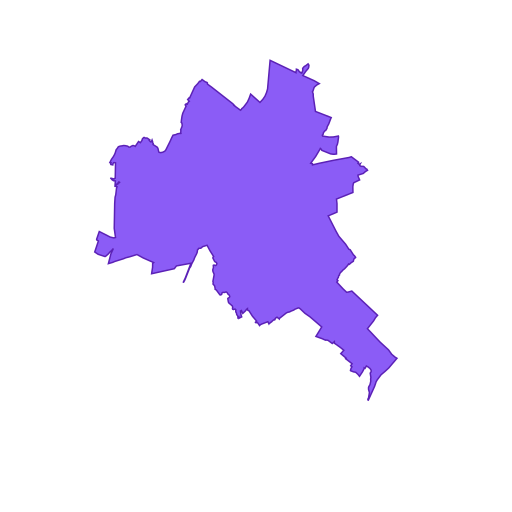 the district of Dangeni, Botosani, Romania, rotated 241°
{"feature_id": "2599482B5486255485397", "entity_name": "Dangeni", "entity_type": "district", "adm_level": 2, "iso_a3": "ROU", "parent_name": "Romania", "parent_adm1": "Botosani", "projection": "mercator", "projection_center": [26.905, 47.853], "detail": "fine", "context": "isolated", "style": "filled", "palette": "violet", "viewbox_px": 512, "rotation_deg": 241, "n_neighbors": 0, "source": "geoboundaries", "source_scale": "gbopen_adm2", "svg_char_len": 6124}
<svg xmlns="http://www.w3.org/2000/svg" viewBox="0 0 512 512"><g transform="rotate(241 256 256)"><path d="M322.6,381.4L324.5,377.7L328.6,372.4L329.2,372.5L329.5,372.6L329.9,373.7L331.1,374.7L332.1,376.9L332.0,377.8L333.2,379.9L334.5,380.9L336.2,383.6L339.6,387.6L340.6,388.9L353.6,378.1L367.9,383.5L370.0,384.6L372.3,385.0L372.5,385.6L375.2,388.5L375.5,389.2L376.1,392.0L376.1,394.9L381.1,391.9L391.1,384.4L393.3,388.9L394.7,392.6L395.3,393.4L397.0,394.7L397.6,394.8L398.8,394.7L398.3,391.5L398.4,390.9L398.3,389.9L397.5,387.8L395.7,386.9L393.8,384.9L394.0,384.2L394.9,384.2L395.4,383.6L396.1,383.3L398.6,383.0L399.8,381.9L398.5,381.1L397.8,380.2L397.0,379.8L420.3,363.2L396.5,347.1L393.9,344.5L391.4,341.3L389.7,337.9L388.4,333.9L400.2,329.8L397.3,326.5L394.8,323.1L392.4,317.7L392.0,316.4L391.8,315.0L391.3,314.3L391.0,313.1L398.2,309.8L398.2,310.1L400.5,309.5L425.3,299.0L429.6,297.0L430.0,296.9L431.0,297.4L431.7,297.2L433.0,296.0L436.5,294.4L435.6,291.9L436.2,291.3L435.0,288.7L433.6,284.3L426.4,274.6L426.8,274.3L426.0,272.1L423.7,272.6L423.7,271.9L422.9,270.9L422.8,269.9L422.0,269.5L422.1,269.0L422.9,268.6L422.7,267.5L422.2,267.3L420.9,267.4L416.4,261.2L414.2,259.1L411.3,256.9L409.2,255.4L409.0,255.6L407.8,255.5L406.0,254.8L404.9,253.8L402.9,251.3L401.9,251.0L400.4,249.9L399.7,249.9L399.6,249.6L400.1,249.0L401.0,246.4L401.0,245.0L401.9,242.0L400.3,239.6L397.9,236.4L392.6,228.7L392.0,227.4L391.9,226.5L392.0,224.6L392.7,222.6L393.6,221.6L394.2,221.4L397.6,222.4L399.0,222.4L403.4,220.0L404.1,220.6L405.6,220.6L406.1,221.0L407.8,221.3L406.7,219.9L407.0,219.1L408.8,218.7L409.0,219.4L411.3,218.3L412.0,217.9L412.8,216.4L414.0,215.6L414.0,215.0L413.5,213.4L412.3,212.2L411.2,209.8L413.1,208.8L410.4,203.5L411.3,203.0L412.3,202.0L412.5,200.1L412.3,199.0L412.6,198.0L412.9,197.6L414.3,197.0L416.1,194.9L417.0,193.4L417.1,192.7L418.0,190.4L418.3,188.6L417.3,186.7L416.8,185.3L414.2,182.6L413.1,181.1L412.0,179.3L410.6,176.4L408.6,173.5L407.9,174.4L407.2,173.6L406.4,173.4L405.1,174.9L406.3,175.9L406.6,176.7L406.4,177.3L405.6,178.3L392.3,170.6L392.4,169.9L392.2,169.2L394.8,166.4L393.4,167.0L392.6,167.0L390.9,167.9L389.9,169.4L386.0,166.9L386.3,168.2L386.5,170.1L387.3,172.0L386.6,172.4L386.3,171.5L386.5,171.0L385.9,170.1L386.0,169.1L385.8,168.3L385.9,167.8L385.6,166.9L385.1,166.8L383.9,168.0L382.7,166.7L377.5,163.0L375.8,161.3L370.5,157.9L348.9,145.4L340.3,142.1L340.7,140.5L343.2,137.7L353.4,130.8L347.9,124.7L347.2,124.5L345.8,125.4L345.5,125.4L337.7,116.9L334.1,118.7L328.7,123.7L328.7,124.7L329.4,127.8L330.4,130.5L330.7,132.1L331.7,134.9L328.2,130.1L320.9,123.2L319.9,127.6L319.7,129.8L317.8,139.0L317.6,141.2L316.5,145.3L315.0,152.6L309.0,156.4L299.9,163.3L299.6,162.0L296.3,160.1L291.1,156.1L284.5,178.4L285.9,181.6L281.2,195.6L271.0,183.4L268.4,179.8L267.9,179.5L269.3,181.8L270.9,183.9L277.6,192.0L278.4,193.7L280.4,196.1L282.7,199.7L284.2,201.4L286.7,205.1L287.7,206.3L289.8,207.9L289.9,208.7L290.5,209.4L289.6,211.5L289.7,212.6L290.1,213.7L289.1,218.4L283.0,218.3L276.1,218.7L275.7,217.7L275.1,217.3L271.6,217.2L270.7,217.4L269.6,218.2L268.3,218.1L267.4,217.1L267.2,216.1L268.5,214.9L268.5,214.1L266.6,213.2L264.8,211.4L263.2,210.8L260.9,210.6L259.9,210.3L254.7,206.0L253.5,205.7L252.3,204.8L250.1,205.3L247.6,204.6L246.8,204.1L245.5,204.8L239.5,205.6L239.0,206.3L239.1,207.1L239.3,207.7L240.1,208.2L240.3,209.0L240.2,209.5L239.3,210.9L239.2,212.0L239.0,212.5L238.1,213.0L236.2,213.0L234.9,213.6L233.4,213.5L232.9,213.0L232.6,212.1L232.7,211.3L232.5,210.7L229.1,209.5L228.0,209.5L223.8,211.1L222.2,210.6L221.4,209.9L220.8,209.8L220.1,210.3L219.8,211.9L218.8,212.3L216.9,211.2L215.8,211.3L214.0,210.7L212.4,211.0L210.8,210.3L211.0,211.4L209.8,210.8L209.7,214.0L211.5,214.3L215.4,215.7L215.4,216.8L212.2,216.6L213.2,220.5L213.9,221.7L214.1,223.0L213.0,222.4L212.2,222.7L211.6,223.3L205.0,223.7L198.7,225.0L198.4,223.5L198.2,223.3L197.9,223.4L197.0,224.8L196.5,225.1L193.4,225.4L193.8,226.6L193.7,228.1L192.8,234.5L190.4,234.4L190.6,234.7L190.5,235.2L190.9,237.2L190.8,237.6L191.1,238.3L191.5,240.1L191.5,241.2L191.1,241.4L191.7,242.4L191.9,242.4L192.2,243.0L192.3,244.7L189.7,245.8L190.0,246.0L190.2,247.0L191.5,255.0L191.4,256.4L190.8,258.3L190.8,259.9L190.4,262.9L190.6,264.0L190.2,267.3L189.9,268.3L188.3,269.1L182.2,271.0L176.7,273.7L162.1,279.1L156.6,269.4L151.7,273.7L148.9,275.8L148.7,276.0L148.8,276.2L147.3,278.1L142.5,280.3L143.1,283.0L141.7,282.3L135.9,285.1L131.0,287.1L129.5,282.8L122.9,285.3L122.7,284.6L115.2,287.8L114.1,285.6L112.6,286.2L111.6,284.6L110.1,283.1L109.8,283.1L107.4,285.1L106.0,286.8L103.0,287.8L100.6,288.2L103.1,293.0L105.1,296.0L105.7,296.4L104.9,296.9L106.3,299.2L104.7,300.2L102.3,301.2L100.3,301.3L99.5,301.0L98.8,300.3L98.2,299.1L94.1,297.6L92.8,296.6L90.9,295.7L88.2,293.3L87.1,291.4L86.2,290.5L84.6,289.7L81.6,289.0L77.4,285.7L76.6,284.5L75.9,284.1L75.5,284.4L84.4,296.4L86.0,298.2L87.7,300.0L88.9,302.0L91.5,307.8L92.5,312.8L93.7,317.8L98.2,329.7L100.1,328.6L104.6,326.9L104.7,327.0L109.6,326.4L120.5,322.8L138.4,318.2L142.2,327.3L144.1,330.6L145.2,333.6L178.9,322.8L179.8,319.0L180.3,317.7L185.1,316.2L194.0,314.0L194.7,315.7L195.9,315.3L197.1,317.0L197.3,317.6L198.6,318.7L198.9,319.8L199.6,320.2L200.2,321.1L200.8,322.6L200.8,323.2L201.5,324.9L201.9,327.3L202.8,330.1L203.5,332.0L204.2,333.1L203.5,333.5L203.7,334.7L204.0,335.9L204.2,338.6L205.0,339.2L206.2,340.7L206.3,341.5L206.2,341.9L206.3,342.3L206.5,342.5L208.8,342.2L209.5,341.8L215.7,341.4L216.0,341.3L216.9,340.5L222.8,340.1L233.1,338.0L239.2,338.0L256.1,338.6L255.1,348.1L262.5,352.2L266.8,354.0L264.6,371.6L269.7,374.3L271.9,376.0L272.7,377.0L272.3,383.5L276.2,383.9L277.3,384.4L276.2,389.8L276.8,392.7L276.9,395.1L278.4,395.0L278.8,394.5L281.9,393.7L282.4,393.3L283.5,391.4L284.8,390.6L285.4,390.8L286.1,391.9L286.1,391.4L286.6,390.5L287.7,390.1L288.3,391.2L296.6,387.5L297.0,385.3L302.3,369.6L306.4,356.4L308.3,349.6L309.4,350.1L310.6,348.8L314.1,356.4L318.2,363.4L318.9,364.4L317.8,364.8L316.5,364.8L309.1,370.8L307.8,372.5L306.9,374.1L306.2,375.9L312.2,379.1L313.1,379.7L314.1,381.2L316.0,382.9L320.1,385.9L321.0,386.2L322.6,381.4Z" fill="#8b5cf6" stroke="#5b21b6" stroke-width="1.5"/></g></svg>